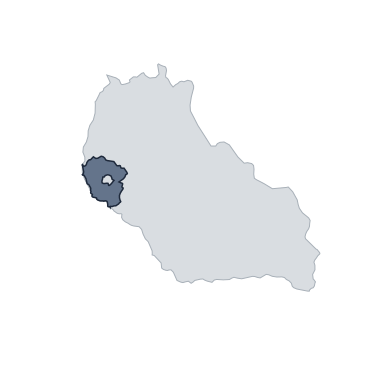 Hungary, with Baranya highlighted, rotated 61°
{"feature_id": "HUN-3155", "entity_name": "Baranya", "entity_type": "County", "adm_level": 1, "iso_a3": "HUN", "parent_name": "Hungary", "parent_adm1": "", "projection": "albers", "projection_center": [18.29, 46.076], "detail": "fine", "context": "in_parent", "style": "filled", "palette": "slate", "viewbox_px": 384, "rotation_deg": 61, "n_neighbors": 0, "source": "natural_earth", "source_scale": "10m", "svg_char_len": 4337}
<svg xmlns="http://www.w3.org/2000/svg" viewBox="0 0 384 384"><g transform="rotate(61 192 192)"><path d="M302.9,110.5L306.8,109.8L307.0,109.8L308.0,110.1L308.8,113.0L309.9,115.0L311.0,117.5L312.5,119.4L315.6,120.0L319.7,122.2L322.6,126.5L326.6,128.1L326.9,128.2L327.7,127.9L330.5,127.6L331.1,128.5L333.5,130.5L334.5,132.4L334.1,134.4L334.7,136.7L335.6,137.5L334.6,139.1L327.7,147.3L324.9,149.5L323.0,150.0L320.0,149.3L316.9,150.1L314.2,151.9L311.6,152.6L309.8,154.6L307.5,159.0L304.6,162.7L301.5,165.1L300.0,167.1L300.2,174.0L298.5,176.1L296.3,178.1L295.1,180.0L292.0,190.6L289.4,194.0L286.9,196.7L286.6,199.0L286.7,201.7L284.0,207.2L280.4,212.9L279.8,215.2L280.7,218.3L277.2,222.0L275.1,223.7L273.4,224.6L272.3,226.9L270.7,232.4L271.3,234.8L271.4,237.0L268.3,238.4L267.5,240.9L266.8,243.9L265.5,245.4L262.1,248.0L253.2,247.2L249.9,248.1L249.0,250.0L248.8,251.4L247.8,252.8L245.8,254.6L243.8,255.4L239.1,253.4L229.3,255.8L227.7,257.4L226.2,256.4L224.1,255.4L214.2,254.4L210.3,255.5L205.1,255.2L200.3,254.2L196.7,255.1L193.5,259.4L192.0,260.9L190.8,261.8L188.1,263.2L185.8,264.8L182.8,266.0L180.1,265.9L177.5,264.1L176.6,264.5L175.8,266.2L174.4,267.7L170.6,269.5L169.6,269.5L169.4,269.5L166.4,270.8L161.6,271.5L159.1,271.0L154.7,277.0L153.4,278.1L149.2,279.9L145.7,280.8L142.7,280.1L141.6,280.0L128.4,279.7L121.6,278.4L117.2,276.0L114.3,273.4L112.9,270.6L109.5,268.8L104.2,268.1L100.0,265.2L97.1,260.2L93.1,256.1L88.1,253.1L84.1,248.9L81.2,243.4L76.0,238.5L68.4,234.0L66.1,233.0L65.7,231.6L62.0,226.2L60.5,224.2L60.7,221.6L60.0,220.0L58.6,218.9L58.0,215.1L57.6,212.2L56.6,210.4L48.4,209.8L55.4,203.1L58.9,201.3L62.8,201.8L64.1,201.2L64.5,200.2L65.2,198.0L65.6,195.9L65.9,193.9L65.6,192.8L63.7,192.4L62.9,187.5L63.9,185.7L64.9,184.5L63.8,178.5L64.2,176.5L67.3,176.3L69.8,175.1L71.9,173.7L72.6,171.9L74.3,168.2L72.9,163.6L64.1,160.4L63.7,159.2L65.8,158.0L68.0,156.2L69.3,154.8L71.0,154.6L73.4,155.4L77.5,158.8L79.1,159.3L80.7,158.4L82.4,158.2L87.1,158.4L91.0,157.7L90.2,154.2L90.2,151.6L89.6,149.5L90.1,147.3L91.7,145.6L92.2,141.6L94.7,139.0L95.9,138.7L100.2,139.2L101.2,139.9L101.8,140.1L108.6,146.6L115.1,151.6L120.4,154.1L128.3,154.3L136.6,154.6L150.6,153.7L161.0,153.1L161.7,151.8L163.3,148.9L162.0,146.4L162.1,143.5L163.8,139.7L168.9,136.5L183.6,134.9L192.1,132.4L193.3,129.2L196.1,126.0L198.6,125.3L202.1,126.7L206.4,129.4L210.2,130.8L212.3,129.8L219.7,124.9L228.1,120.1L233.7,107.4L234.3,105.4L240.6,103.8L249.9,103.8L254.7,105.3L258.3,106.0L263.7,105.5L271.3,102.5L274.2,102.5L276.5,104.3L279.0,105.9L280.7,107.8L282.1,110.6L282.8,111.6L283.9,113.0L286.0,114.9L287.9,115.4L302.1,111.2L302.9,110.5Z" fill="#d9dde1" stroke="#a8b0b8" stroke-width="1"/><path d="M123.8,279.5L123.8,279.3L122.9,277.8L121.7,276.9L116.4,275.2L115.4,275.1L115.0,274.9L114.9,274.4L116.1,274.5L117.2,274.0L117.3,272.2L116.6,270.9L115.4,269.8L114.5,268.3L114.0,266.3L114.6,265.1L113.4,261.2L116.0,259.9L116.8,258.0L116.7,254.1L118.0,252.7L120.0,251.9L122.1,251.9L123.4,250.9L127.5,245.6L132.4,245.0L133.3,244.0L133.6,242.7L134.4,242.0L135.5,242.3L136.6,242.4L137.5,241.3L138.2,239.9L143.3,239.4L144.6,239.7L144.8,240.5L144.7,241.5L146.3,243.4L147.2,245.6L147.8,251.0L149.5,249.8L150.3,248.9L151.3,248.7L153.5,250.8L154.4,250.8L155.2,250.3L156.0,251.1L157.1,253.4L158.4,255.5L159.8,257.1L162.0,258.3L164.3,258.9L165.1,258.9L165.9,259.0L166.2,259.7L166.2,260.5L166.9,262.1L166.9,263.6L167.2,264.5L166.9,265.8L166.3,267.0L166.0,268.9L165.1,270.2L166.0,271.1L165.8,271.1L165.2,270.6L164.8,271.3L164.6,271.9L164.4,272.3L163.9,272.6L163.4,272.5L161.7,271.6L159.5,270.9L158.7,271.0L157.7,272.0L157.5,272.3L157.4,273.1L157.3,273.5L157.2,273.5L156.6,274.2L155.6,276.1L155.1,276.8L153.2,278.4L152.1,278.8L151.1,278.4L150.4,278.8L148.9,280.7L148.1,281.4L147.7,281.5L147.4,281.5L147.1,281.5L146.8,281.4L146.1,280.4L145.4,280.4L144.7,280.8L143.9,281.1L143.2,280.8L142.4,280.0L141.4,280.0L140.1,279.0L139.3,278.7L135.7,278.7L135.3,278.9L134.5,279.4L134.1,279.6L133.5,279.6L128.9,278.3L125.9,278.3L125.2,278.3L124.8,278.5L124.6,279.0L124.3,279.4L123.8,279.5ZM145.8,261.7L146.2,261.0L145.6,258.5L144.0,254.6L142.2,255.7L140.5,255.3L138.7,255.1L136.9,256.4L136.0,257.5L135.5,260.0L136.3,261.3L135.7,262.8L137.1,263.8L138.8,265.5L140.4,266.2L141.5,265.5L142.3,264.2L142.8,262.7L143.6,261.3L144.4,261.3L145.8,261.7Z" fill="#64748b" stroke="#1e293b" stroke-width="1.5"/></g></svg>